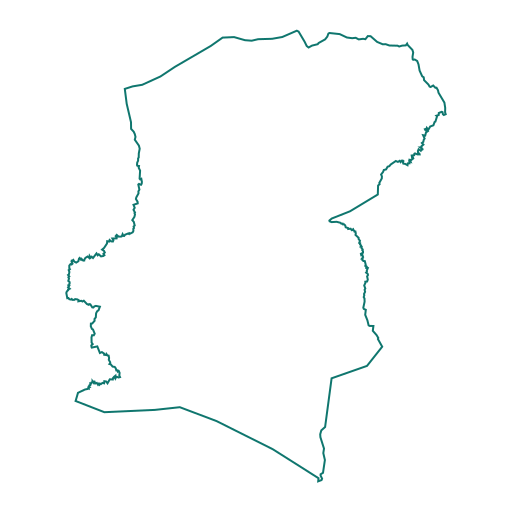 the district of Cahora Bassa, Tete, Mozambique
{"feature_id": "85939544B63348478902842", "entity_name": "Cahora Bassa", "entity_type": "district", "adm_level": 2, "iso_a3": "MOZ", "parent_name": "Mozambique", "parent_adm1": "Tete", "projection": "equal_earth", "projection_center": [32.439, -16.08], "detail": "fine", "context": "isolated", "style": "outline", "palette": "teal", "viewbox_px": 512, "rotation_deg": 0, "n_neighbors": 0, "source": "geoboundaries", "source_scale": "gbopen_adm2", "svg_char_len": 5938}
<svg xmlns="http://www.w3.org/2000/svg" viewBox="0 0 512 512"><path d="M407.1,43.6L405.8,45.4L402.2,45.6L399.2,46.5L397.6,45.7L389.4,45.5L385.7,44.2L382.8,44.3L377.1,41.9L370.6,36.2L367.8,36.1L365.4,39.2L363.1,38.8L358.7,39.4L355.7,37.8L352.2,38.2L346.9,37.5L339.7,34.1L329.4,33.0L328.4,33.6L327.3,36.6L325.1,39.4L318.6,43.0L317.7,44.2L312.0,45.6L308.6,47.5L306.7,46.0L304.6,41.7L298.6,31.6L296.8,30.7L282.3,37.0L272.1,38.8L258.1,39.2L251.7,40.7L245.0,40.2L234.1,37.1L222.6,37.6L210.7,46.0L175.0,66.8L160.4,76.5L142.2,84.8L132.6,86.4L124.8,88.9L126.7,103.8L131.0,122.2L131.1,128.9L133.7,131.7L134.8,134.1L135.5,136.9L134.8,139.7L138.9,145.6L139.7,148.7L138.8,153.4L138.7,157.5L138.1,158.4L138.1,160.7L137.2,162.6L137.0,165.0L137.4,165.8L139.0,166.0L138.7,167.8L140.1,170.6L139.6,178.7L140.2,179.4L141.3,178.8L141.9,181.9L141.7,183.7L141.0,184.8L139.0,183.9L138.3,184.5L139.4,189.6L138.4,191.3L138.5,193.4L136.3,197.4L135.9,199.0L137.6,201.8L137.7,203.4L133.5,204.8L134.7,207.8L133.5,209.8L135.0,212.5L134.5,213.1L135.0,214.4L134.4,216.9L132.3,220.1L133.8,221.9L134.7,225.5L133.6,226.5L134.0,228.0L133.3,228.8L133.4,230.9L132.7,232.3L130.2,233.6L129.4,233.2L129.0,234.0L128.1,233.5L125.1,234.7L124.1,236.0L123.5,235.9L122.6,234.2L121.8,236.3L121.1,236.6L118.6,236.6L116.7,234.9L115.7,236.1L116.8,237.3L116.6,238.4L112.4,238.5L113.4,240.3L112.9,241.5L111.2,241.4L109.6,240.0L109.0,241.6L107.2,241.2L107.0,243.5L104.1,247.9L102.1,249.6L104.0,250.9L104.8,252.5L103.4,253.9L104.4,255.2L103.3,256.0L101.0,256.4L98.8,254.3L97.7,255.3L96.5,253.4L93.0,258.0L91.7,256.7L90.7,257.7L89.6,256.0L89.3,258.0L87.6,256.5L85.4,257.9L84.3,259.7L84.2,261.3L83.8,260.4L82.5,260.3L82.0,259.4L81.2,259.7L81.0,258.6L80.1,258.8L79.6,258.0L79.0,258.6L78.4,261.2L76.2,262.6L74.3,261.6L73.3,259.9L72.8,260.3L73.1,261.7L72.3,260.5L71.7,260.6L71.5,261.5L72.5,263.7L71.6,264.5L70.5,264.1L69.3,265.6L69.3,268.3L69.9,269.2L68.7,270.1L69.4,272.0L68.9,274.4L68.1,275.0L69.3,276.4L68.4,277.3L69.0,278.6L68.3,280.9L69.5,281.9L69.7,283.1L69.2,284.1L69.4,285.2L68.4,285.4L68.9,286.3L68.1,287.3L69.7,288.7L68.1,289.5L68.2,290.1L66.8,291.5L66.3,293.0L67.3,298.2L68.4,298.0L69.3,299.2L71.1,299.6L71.7,299.0L72.7,299.9L74.5,299.8L75.1,299.1L77.3,299.4L78.6,300.1L78.4,301.3L81.4,300.8L82.4,301.5L83.8,300.7L87.0,304.1L88.7,304.8L89.2,304.1L90.3,304.3L92.3,307.4L93.4,307.5L94.3,306.4L95.9,305.9L99.9,306.7L98.5,310.3L97.1,311.3L96.1,313.3L95.8,317.4L94.5,319.0L94.6,320.8L92.2,323.5L90.9,323.6L90.8,326.3L91.9,328.9L93.0,329.5L94.7,333.7L93.8,335.3L92.1,335.2L91.5,337.4L91.6,342.6L92.7,344.1L91.3,345.4L91.5,347.0L91.8,347.6L97.3,346.4L99.9,353.0L101.9,352.1L104.1,353.6L104.2,354.8L106.0,355.0L106.4,354.0L107.5,355.5L108.6,355.6L109.1,358.0L108.8,359.8L110.2,362.3L110.2,363.2L109.5,364.0L110.9,364.5L112.6,366.6L114.7,366.9L115.8,368.4L116.3,370.4L117.1,370.3L117.7,371.4L118.2,370.6L118.7,370.8L119.6,372.9L119.3,375.5L120.0,377.1L118.5,377.5L116.4,376.6L115.4,378.5L114.9,377.3L115.1,376.0L114.0,376.9L114.1,378.6L113.5,377.5L112.9,378.2L112.8,379.5L109.8,379.3L107.5,383.3L106.2,381.5L104.3,381.2L104.1,383.3L102.5,382.9L100.9,384.1L100.0,383.6L99.4,384.7L98.6,383.8L98.0,384.7L96.8,382.9L95.2,383.5L94.5,381.5L93.9,381.5L93.5,382.6L92.5,381.2L92.5,382.4L91.5,382.5L91.1,383.5L90.3,383.3L90.3,385.1L89.4,385.3L89.0,386.2L89.5,386.9L88.7,386.9L88.8,388.0L88.3,387.6L87.9,388.9L85.0,389.5L78.0,392.8L75.6,401.0L104.4,412.2L154.8,409.9L179.8,407.2L216.6,421.1L272.9,449.3L318.5,478.2L318.2,481.3L321.5,480.1L322.1,478.7L320.6,475.6L320.6,474.3L323.0,472.8L324.9,460.0L323.3,453.1L324.0,448.6L320.4,437.2L320.2,434.3L321.3,430.4L325.1,427.0L331.6,378.3L367.0,365.9L382.2,346.7L377.9,339.0L378.3,338.0L376.6,335.1L372.8,330.8L373.4,326.0L369.5,325.9L368.6,325.3L367.4,320.3L365.2,314.8L365.8,309.8L363.8,308.9L363.3,307.7L364.6,301.7L364.5,298.5L363.7,297.1L364.3,295.2L364.0,294.0L365.1,291.8L364.6,289.8L365.3,288.5L364.2,285.5L365.4,282.9L365.3,281.7L367.1,281.5L367.8,279.6L367.1,276.4L368.0,275.0L367.6,273.7L366.1,272.6L366.9,271.6L366.8,270.5L367.8,268.1L367.0,268.0L367.3,267.5L366.9,267.0L366.2,267.4L366.2,266.1L365.3,265.8L365.7,264.6L364.8,261.1L363.4,261.0L362.4,260.1L362.6,259.0L361.8,258.8L363.1,257.1L362.4,255.0L361.3,255.3L360.9,253.8L363.0,252.7L363.0,251.2L362.3,250.3L362.7,249.4L361.6,248.3L361.7,246.8L360.6,246.7L361.0,245.4L360.0,244.3L360.2,243.3L359.2,242.9L360.0,240.8L358.6,239.0L358.6,237.8L355.5,234.9L355.8,233.4L355.4,231.5L354.5,231.6L354.1,230.5L353.1,230.2L353.0,229.3L351.7,230.1L350.6,228.7L348.2,229.0L348.1,228.1L345.7,227.3L345.2,225.4L344.0,224.3L343.0,224.4L342.7,223.6L341.3,223.7L340.5,222.8L336.6,221.8L331.5,222.1L329.6,221.3L329.4,220.5L331.8,218.5L350.0,211.3L377.8,194.5L378.1,185.5L379.6,184.2L379.3,182.9L381.8,178.4L381.9,176.3L381.1,174.5L383.1,171.9L383.8,170.0L386.1,169.4L387.6,166.7L389.3,166.2L390.7,164.5L395.8,161.0L397.9,161.9L399.7,160.8L400.6,162.1L401.8,160.6L402.8,160.6L403.4,161.1L402.9,162.2L403.3,163.6L405.2,163.9L407.5,165.2L407.8,163.4L409.5,163.3L409.3,161.1L410.6,161.7L409.9,159.8L411.3,160.0L413.3,158.4L413.0,157.6L412.2,158.2L411.7,155.5L414.2,155.2L414.4,153.7L415.0,153.4L417.4,154.4L419.6,154.4L419.4,153.6L418.1,152.9L417.9,151.0L418.6,149.3L420.8,150.8L421.6,149.3L423.2,149.7L420.2,147.4L421.5,147.3L421.4,146.3L423.4,144.6L421.9,143.0L423.3,141.9L423.8,139.6L424.6,138.6L423.1,135.2L425.2,135.6L426.0,132.4L427.5,131.4L426.3,130.7L426.2,129.5L425.2,129.8L424.9,129.2L426.6,128.6L426.8,127.9L428.3,129.8L430.2,126.5L433.4,125.3L434.6,122.0L435.4,121.6L437.1,116.2L436.5,115.7L438.7,115.0L438.8,113.0L441.7,111.8L442.5,112.1L442.9,114.2L443.8,115.0L445.7,114.2L445.1,112.3L445.2,107.9L444.4,102.6L438.5,92.7L438.0,90.3L436.5,87.7L435.4,87.8L433.2,85.5L430.6,87.0L429.6,86.6L428.4,84.5L424.1,80.2L423.7,77.3L422.2,76.3L419.6,70.6L418.5,64.4L417.2,61.0L414.7,59.5L413.2,59.8L412.7,59.3L412.5,56.9L413.2,52.5L412.4,49.9L407.7,45.0L407.1,43.6Z" fill="none" stroke="#0f766e" stroke-width="2"/></svg>